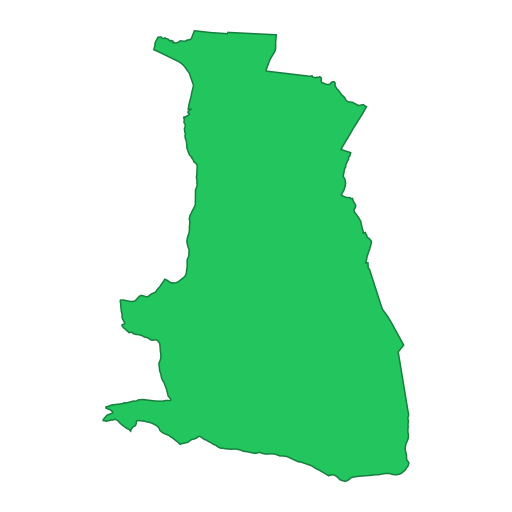 Crucisor, Satu Mare, Romania (Albers equal-area conic projection)
{"feature_id": "2599482B33084136959102", "entity_name": "Crucisor", "entity_type": "district", "adm_level": 2, "iso_a3": "ROU", "parent_name": "Romania", "parent_adm1": "Satu Mare", "projection": "albers", "projection_center": [23.236, 47.656], "detail": "fine", "context": "isolated", "style": "filled", "palette": "green", "viewbox_px": 512, "rotation_deg": 0, "n_neighbors": 0, "source": "geoboundaries", "source_scale": "gbopen_adm2", "svg_char_len": 6020}
<svg xmlns="http://www.w3.org/2000/svg" viewBox="0 0 512 512"><path d="M389.6,473.5L392.7,474.5L396.4,474.8L400.3,473.9L402.1,472.7L405.4,469.9L406.3,468.1L407.8,466.5L408.9,463.2L408.7,462.5L407.2,460.3L406.6,459.2L406.5,455.3L405.6,451.6L405.3,449.9L405.2,448.3L405.6,445.6L406.0,443.9L407.8,439.6L408.4,437.3L408.5,435.3L408.0,432.7L407.8,429.7L408.2,427.1L408.0,424.6L408.4,421.2L407.8,417.8L408.5,415.9L408.6,413.9L407.9,410.7L398.2,351.9L403.7,345.1L390.8,321.6L387.5,316.1L382.9,310.0L381.8,307.6L369.4,269.1L368.3,268.1L368.1,267.8L368.0,262.8L365.5,262.8L366.3,261.1L367.1,256.5L369.8,248.7L371.5,242.2L371.2,241.0L369.4,238.7L366.9,237.1L366.8,235.3L365.8,234.0L365.4,232.5L363.2,233.0L363.3,232.6L363.1,231.1L362.2,228.2L360.7,221.2L358.6,217.6L355.0,212.7L354.4,212.3L354.4,211.8L353.9,209.4L355.1,208.2L355.6,206.4L355.7,205.3L353.1,200.7L352.9,199.6L352.4,198.5L351.6,198.7L350.8,198.4L350.1,198.0L350.0,197.6L348.0,197.6L345.6,197.2L342.3,195.7L341.2,194.9L343.7,190.7L345.2,186.2L345.6,183.2L345.4,181.4L344.8,178.9L343.2,176.3L344.6,168.8L345.7,166.9L346.0,163.9L346.6,163.3L346.9,162.2L347.6,160.7L348.5,159.7L348.6,159.0L348.5,157.9L348.8,157.1L349.8,156.0L350.7,152.7L341.1,149.5L342.3,147.0L350.4,133.5L352.5,129.7L362.6,113.6L366.5,106.7L364.6,105.7L364.1,105.2L363.5,104.6L358.7,105.5L357.7,105.1L352.5,102.3L348.4,101.9L346.8,101.0L346.1,100.4L344.9,98.0L343.8,96.7L341.6,94.7L338.2,90.0L336.6,88.5L336.1,87.3L335.5,86.7L335.2,85.9L335.0,84.4L335.1,82.8L334.1,81.7L332.3,81.9L331.2,82.5L329.8,84.4L327.5,84.5L325.1,84.0L323.2,82.9L321.9,82.9L321.2,81.0L321.3,77.9L320.6,77.5L319.9,76.7L319.4,76.8L319.0,77.2L317.0,77.2L316.1,77.7L315.1,77.7L314.2,77.3L313.1,77.3L312.3,76.7L312.3,76.0L312.0,75.8L310.0,76.3L266.2,71.1L266.1,70.1L266.3,69.3L269.9,59.8L270.8,58.1L274.4,52.3L275.3,50.2L275.6,48.3L275.7,45.0L275.5,44.9L276.2,34.8L227.9,32.4L227.4,33.7L210.9,32.6L194.4,30.7L191.3,38.7L190.8,39.1L190.3,39.5L187.1,40.1L187.2,40.4L184.4,41.3L180.2,40.8L177.9,42.5L176.1,43.1L174.7,42.9L174.5,42.5L174.0,42.3L173.1,42.7L172.7,42.5L172.5,41.6L172.8,41.1L171.1,40.4L170.8,40.9L169.8,40.9L168.2,39.2L165.5,38.3L165.0,37.8L164.4,38.4L162.6,38.4L161.7,37.8L161.7,37.4L160.3,36.9L159.3,37.1L158.9,37.4L158.0,37.2L157.4,38.6L156.9,39.1L156.6,40.0L155.8,41.3L155.2,42.8L155.2,43.1L154.9,43.4L155.1,44.9L154.7,46.2L153.8,49.7L159.1,52.1L177.4,61.0L179.3,62.0L181.7,63.7L183.3,65.1L184.8,66.9L189.6,73.7L190.4,76.5L193.4,84.9L193.4,85.9L192.0,91.6L190.9,97.0L188.9,104.9L188.2,109.2L191.0,109.1L191.1,109.3L189.8,110.0L188.1,111.4L187.9,112.7L189.3,113.7L189.5,114.1L189.4,114.7L188.3,115.1L186.8,116.2L186.1,116.3L185.1,117.2L184.1,116.9L183.7,117.4L184.3,119.5L184.3,120.3L183.9,122.4L184.3,123.1L184.9,123.6L185.2,124.9L185.1,126.9L184.3,129.1L184.6,130.1L184.9,132.6L185.4,133.4L185.5,133.9L184.9,135.9L185.2,136.4L185.1,137.0L185.4,138.8L186.0,140.0L186.5,142.4L186.6,143.6L186.8,145.2L186.9,148.0L188.4,152.3L189.5,155.0L191.9,157.4L191.6,157.9L192.9,159.3L194.0,162.0L195.7,163.2L196.8,164.7L197.2,165.8L196.8,174.8L196.4,176.9L196.6,178.7L197.0,179.8L196.9,181.0L197.1,182.2L196.8,183.3L197.2,184.9L197.2,185.5L195.5,190.0L195.3,204.9L194.3,207.1L191.8,211.8L191.1,213.5L190.2,215.1L189.6,217.1L189.5,218.4L189.2,219.1L189.8,220.8L189.7,222.6L189.8,223.7L189.4,226.3L189.4,230.2L189.1,232.8L187.7,236.6L187.0,240.1L186.9,241.8L187.2,243.3L187.8,246.3L189.1,249.8L188.8,255.6L188.6,256.6L187.4,259.1L187.1,260.3L187.2,266.2L186.3,272.9L185.7,275.0L184.5,276.8L178.6,281.5L176.6,282.5L174.9,283.0L171.5,282.8L170.5,282.5L166.3,279.8L164.7,279.2L163.7,281.1L161.2,284.5L160.1,286.4L157.0,289.8L155.9,291.7L154.7,292.5L151.7,293.8L147.5,296.8L146.5,296.8L142.0,295.5L140.9,295.5L139.2,296.4L135.4,300.6L134.5,301.1L132.6,301.4L131.0,301.5L129.3,301.3L123.7,300.1L120.9,300.0L120.4,300.2L120.2,301.4L120.7,303.8L120.9,307.5L121.3,311.2L122.2,315.0L122.0,316.4L122.0,317.3L122.6,319.1L124.5,322.5L124.8,323.3L124.6,323.7L124.2,323.9L122.3,324.7L122.0,325.0L122.1,325.9L123.4,327.7L125.9,329.6L126.5,330.5L128.0,331.5L129.0,332.7L129.7,332.4L132.5,332.4L133.0,333.5L136.3,334.5L138.4,334.6L141.7,335.5L144.3,337.0L146.8,337.5L149.3,338.6L150.1,339.7L151.1,340.0L153.1,340.2L154.5,339.8L156.5,340.0L157.5,340.5L159.7,343.3L160.2,347.8L160.4,351.8L160.7,352.9L160.9,356.7L160.6,358.8L160.3,360.0L159.1,362.8L158.9,363.7L159.7,370.9L160.9,374.3L161.2,376.7L162.0,379.0L162.6,380.4L164.1,382.8L166.3,388.6L167.2,391.9L168.1,395.7L168.6,396.6L170.7,398.9L170.8,399.9L170.5,400.5L165.5,400.5L162.7,401.1L161.4,401.2L155.2,401.0L142.5,399.5L138.0,400.0L136.1,401.2L133.6,401.0L126.3,403.0L124.6,402.7L121.6,403.8L111.3,405.0L109.8,405.8L105.9,407.0L105.9,408.0L108.4,409.2L109.5,409.5L110.7,410.2L112.5,411.8L112.7,412.2L112.7,412.7L112.1,413.2L107.0,415.2L104.1,418.5L103.4,419.4L103.1,420.4L103.8,420.8L105.6,420.9L106.3,421.3L110.4,420.2L112.7,420.0L115.1,419.3L117.4,420.3L120.4,423.5L122.9,425.6L127.4,428.8L129.3,429.5L129.9,430.5L130.6,431.2L131.1,429.6L132.8,427.0L135.0,425.9L135.7,425.0L136.2,423.7L136.2,422.9L136.5,421.3L137.0,420.6L140.1,420.7L144.6,421.3L150.5,422.7L152.6,423.5L156.7,425.7L158.9,427.8L159.6,429.7L160.2,430.7L162.0,432.3L163.7,433.3L169.0,435.5L173.5,438.7L178.0,442.3L180.1,444.4L181.2,443.9L184.3,443.1L187.6,442.4L191.5,439.6L194.4,438.9L196.6,438.0L198.5,436.5L199.3,436.3L200.5,436.7L204.4,439.5L206.2,440.0L208.5,441.5L211.4,442.9L213.4,444.4L215.8,445.2L217.6,446.7L220.7,448.2L222.8,448.2L225.7,448.8L230.6,449.2L235.8,449.0L240.6,450.0L243.1,451.2L248.8,452.0L253.2,453.1L255.9,453.3L258.9,452.5L260.0,452.4L262.7,453.5L266.1,454.1L270.7,453.8L275.0,454.1L280.1,456.0L281.4,455.9L284.1,456.1L287.1,456.6L297.9,461.6L299.6,462.0L299.8,461.7L311.6,465.8L315.8,468.5L319.3,470.2L328.8,475.8L329.2,475.1L330.3,475.3L332.0,474.8L332.8,474.7L334.4,475.1L337.4,477.0L339.8,479.6L341.3,480.3L343.3,480.9L345.5,481.3L348.8,479.8L350.6,478.0L352.8,477.2L358.1,476.3L370.2,475.4L376.4,474.7L378.0,474.8L385.2,473.5L389.6,473.5Z" fill="#22c55e" stroke="#15803d" stroke-width="1.5"/></svg>